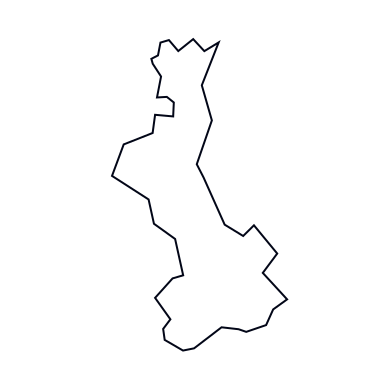 Altinkul, Andijon, Uzbekistan (Equal Earth projection), rotated 69°
{"feature_id": "79887680B88758805168239", "entity_name": "Altinkul", "entity_type": "district", "adm_level": 2, "iso_a3": "UZB", "parent_name": "Uzbekistan", "parent_adm1": "Andijon", "projection": "equal_earth", "projection_center": [72.13, 40.815], "detail": "fine", "context": "isolated", "style": "outline", "palette": "ink", "viewbox_px": 384, "rotation_deg": 69, "n_neighbors": 0, "source": "geoboundaries", "source_scale": "gbopen_adm2", "svg_char_len": 692}
<svg xmlns="http://www.w3.org/2000/svg" viewBox="0 0 384 384"><g transform="rotate(69 192 192)"><path d="M338.7,246.1L328.9,212.9L336.8,197.7L342.0,191.5L342.8,170.5L330.7,158.3L326.3,141.7L292.9,154.9L280.0,134.5L245.3,146.1L251.4,160.0L234.2,173.2L182.6,176.0L167.8,177.6L132.3,147.8L95.9,144.6L61.9,113.5L64.9,130.0L49.7,136.1L55.5,154.3L41.9,159.1L41.2,167.9L52.3,174.8L53.1,182.2L58.2,182.7L73.1,179.5L91.2,190.8L94.2,181.4L101.9,176.9L114.7,182.5L106.7,198.8L122.8,207.6L123.1,238.7L148.3,260.9L183.4,235.2L208.0,238.9L229.8,224.6L266.6,230.1L265.7,241.1L277.6,264.4L303.1,257.8L309.5,268.0L320.3,270.5L336.8,257.2L338.7,246.1Z" fill="none" stroke="#020617" stroke-width="2"/></g></svg>